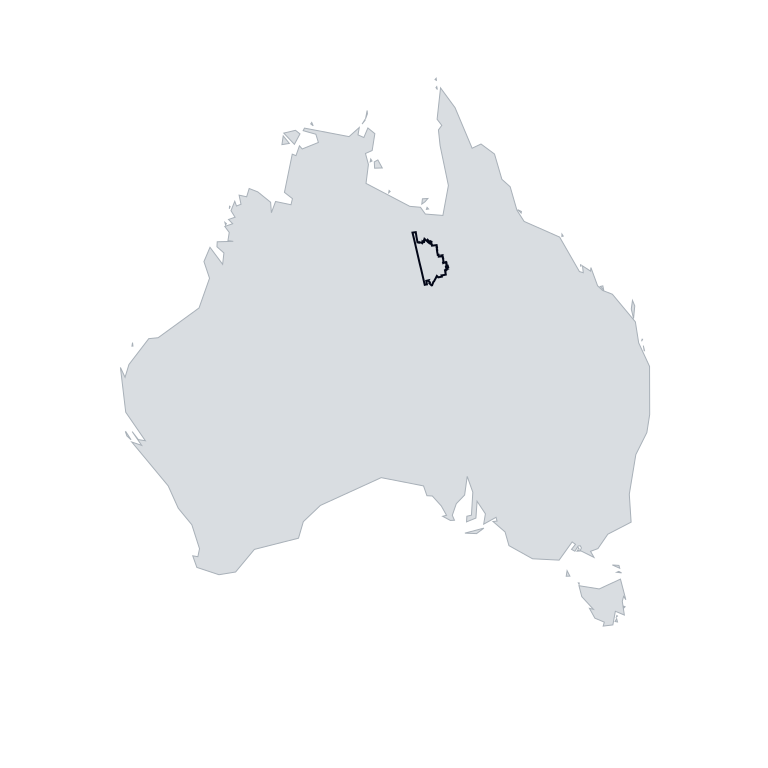 Mount Isa, Queensland, Australia shown in context, rotated 347°
{"feature_id": "25037944B13114344079677", "entity_name": "Mount Isa", "entity_type": "district", "adm_level": 2, "iso_a3": "AUS", "parent_name": "Australia", "parent_adm1": "Queensland", "projection": "equal_earth", "projection_center": [139.561, -19.747], "detail": "fine", "context": "in_parent", "style": "outline", "palette": "ink", "viewbox_px": 768, "rotation_deg": 347, "n_neighbors": 0, "source": "geoboundaries", "source_scale": "gbopen_adm2", "svg_char_len": 6354}
<svg xmlns="http://www.w3.org/2000/svg" viewBox="0 0 768 768"><g transform="rotate(347 384 384)"><path d="M515.4,130.8L522.9,174.1L532.5,172.0L543.4,184.8L544.9,211.1L551.3,220.2L552.6,244.5L557.1,257.1L588.2,280.4L599.7,318.4L603.2,320.4L604.0,313.6L610.7,320.5L611.8,317.1L614.2,336.3L618.0,342.0L626.7,347.9L642.9,380.0L641.4,401.2L646.7,426.6L636.0,473.5L629.2,490.4L613.5,509.4L598.2,546.6L593.7,574.2L568.3,580.7L555.4,592.5L547.6,593.5L549.6,600.2L537.7,590.4L539.5,588.1L538.8,585.7L536.6,585.6L532.4,589.9L529.5,587.3L534.5,583.3L531.8,580.2L515.0,595.0L489.4,587.7L469.4,569.6L468.7,555.4L459.3,542.5L463.3,543.0L463.2,539.1L449.6,543.0L453.6,533.3L448.3,519.2L443.4,535.3L433.4,536.9L435.0,531.5L439.7,531.5L446.2,509.4L444.3,492.7L437.6,510.3L427.5,516.9L421.0,527.3L422.0,532.6L418.0,531.9L411.4,526.1L415.4,526.0L412.4,515.7L405.9,504.0L400.7,502.5L399.6,492.2L360.2,474.6L294.7,488.0L274.4,500.0L266.0,515.0L220.5,516.0L197.1,533.8L180.3,532.7L160.4,520.6L159.0,508.4L163.8,510.4L167.2,503.0L165.1,477.9L155.6,458.8L150.8,434.7L125.2,383.8L134.1,389.3L127.9,373.7L132.1,382.9L138.7,385.6L126.0,353.4L130.9,308.6L133.2,319.2L139.9,307.6L165.0,286.9L174.3,288.1L220.9,268.3L237.8,241.7L236.1,224.2L245.2,211.7L253.7,231.1L257.5,220.3L252.1,212.7L253.5,207.9L269.2,211.1L264.2,209.2L267.3,201.5L264.3,194.7L272.6,193.8L269.5,188.7L276.4,188.0L273.9,180.7L279.7,172.4L280.3,177.4L285.1,176.7L285.3,167.4L292.3,170.7L296.6,163.2L304.2,168.4L314.4,181.4L312.8,191.8L319.4,181.8L333.7,188.4L336.5,182.8L330.1,174.9L346.3,139.4L349.6,141.7L355.2,132.9L357.2,136.6L374.4,133.9L373.8,125.3L362.2,119.0L364.1,116.8L405.6,135.1L417.6,128.5L414.7,135.4L419.8,139.3L425.9,130.9L431.4,138.0L425.0,153.8L417.8,155.2L418.2,166.6L411.6,184.5L449.1,216.7L459.3,220.0L462.5,227.7L479.3,233.0L491.4,205.1L492.3,164.2L494.2,148.7L498.5,145.0L495.3,138.0L505.7,108.2L515.4,130.8ZM528.6,624.4L547.6,632.1L570.5,627.3L571.1,648.6L569.7,644.8L567.3,649.3L566.2,663.2L558.3,657.5L552.8,670.2L543.1,669.2L545.1,665.6L536.8,659.6L533.7,648.8L537.4,650.7L528.9,635.7L528.6,624.4ZM342.8,117.0L354.8,116.9L358.4,121.4L350.6,130.3L342.8,117.0ZM429.3,547.5L448.9,546.9L440.5,550.6L429.3,547.5ZM428.4,164.3L430.9,173.1L423.4,171.6L424.5,165.4L428.4,164.3ZM641.9,376.3L641.8,366.6L644.9,358.5L645.9,364.3L641.9,376.3ZM565.8,611.7L572.1,613.6L572.2,616.5L565.8,611.7ZM341.6,119.6L345.9,128.3L338.4,127.8L341.6,119.6ZM521.9,613.0L518.3,612.3L520.4,607.1L521.9,613.0ZM468.5,213.1L464.9,215.7L461.3,217.2L463.1,212.2L468.5,213.1ZM125.0,381.5L121.8,376.8L121.3,372.5L121.7,372.3L125.0,381.5ZM570.6,619.4L573.0,621.5L568.4,619.8L570.6,619.4ZM616.6,337.6L619.3,337.6L619.2,341.9L616.6,337.6ZM553.5,244.2L556.7,246.8L556.1,248.3L553.5,244.2ZM557.9,665.0L558.0,668.4L555.7,667.4L557.9,665.0ZM645.3,404.9L645.3,410.2L645.0,410.1L645.3,404.9ZM373.1,116.5L371.1,114.1L372.4,112.9L373.1,116.5ZM428.6,117.0L425.7,121.4L429.1,113.7L428.6,117.0ZM646.0,398.6L644.6,400.3L645.6,398.4L646.0,398.6ZM433.3,197.8L431.6,198.7L432.5,196.6L433.3,197.8ZM422.5,164.0L420.5,164.5L421.7,161.8L422.5,164.0ZM148.3,287.1L147.9,290.6L146.9,290.4L148.3,287.1ZM502.3,106.1L502.2,109.1L501.3,106.9L502.3,106.1ZM536.6,586.9L537.0,588.6L536.3,588.1L536.6,586.9ZM425.0,122.7L421.1,125.8L425.1,121.9L425.0,122.7ZM274.0,176.4L272.7,178.5L273.5,176.0L274.0,176.4ZM559.3,662.6L558.1,663.2L558.8,662.0L559.3,662.6ZM466.8,223.5L464.6,223.4L465.7,221.6L466.8,223.5ZM266.5,192.3L265.4,193.4L265.3,190.7L266.5,192.3ZM568.8,655.3L567.1,656.3L567.6,654.4L568.8,655.3ZM503.6,97.8L503.4,99.9L502.2,98.9L503.6,97.8ZM535.6,589.2L537.2,590.8L534.4,590.3L535.6,589.2ZM591.9,280.2L590.5,280.3L591.1,278.0L591.9,280.2ZM602.8,313.3L602.0,313.3L602.6,311.5L602.8,313.3ZM529.5,621.8L529.0,623.1L528.6,621.5L529.5,621.8Z" fill="#d9dde1" stroke="#a8b0b8" stroke-width="1"/><path d="M466.5,291.3L466.9,291.3L468.8,291.3L468.9,289.1L469.0,289.1L469.0,288.0L469.0,287.6L469.0,287.1L469.8,287.2L469.8,286.5L470.6,286.5L471.0,286.6L471.1,286.4L471.2,286.2L471.3,286.0L471.2,286.0L471.3,286.0L471.2,285.9L471.2,285.7L471.0,285.4L470.9,285.3L470.9,285.2L471.0,285.0L470.9,284.9L470.8,284.7L470.7,284.6L470.7,284.4L470.7,284.2L470.7,283.9L470.8,283.9L470.8,283.7L470.9,283.4L470.9,283.2L471.0,283.1L471.2,283.3L471.3,283.4L471.4,283.5L471.5,283.5L471.8,283.6L472.0,284.0L472.2,284.3L472.3,284.4L472.3,284.5L472.5,284.6L472.6,284.8L472.8,284.8L472.8,284.7L472.7,284.3L472.7,283.9L472.7,283.6L472.7,283.3L472.7,283.2L472.6,282.8L472.6,282.7L472.4,282.6L472.1,282.5L471.8,282.4L471.7,282.3L471.7,282.2L471.8,282.1L471.8,281.9L471.7,281.7L471.7,281.4L471.7,281.2L471.7,280.9L471.7,280.7L471.8,280.6L471.9,280.4L472.0,280.4L472.0,280.2L472.1,279.9L472.1,279.7L472.2,279.4L472.1,279.2L471.9,279.0L471.6,279.1L470.9,279.3L470.7,279.3L470.4,279.4L469.9,279.3L468.9,279.5L468.9,279.4L468.9,279.2L469.0,278.9L468.9,278.7L469.0,278.6L469.5,278.6L469.6,277.4L469.6,277.2L469.6,276.6L469.7,275.8L469.7,274.8L469.9,274.8L469.9,273.3L469.9,271.9L469.7,271.9L469.8,271.7L469.3,271.7L468.9,271.6L468.8,272.6L468.0,272.5L467.9,272.4L467.0,272.3L466.0,272.2L466.3,270.4L465.4,270.3L465.5,269.1L465.5,267.7L465.6,266.7L465.7,265.3L466.0,265.3L466.0,264.1L466.0,262.7L466.4,262.7L466.5,260.5L463.8,260.2L461.9,260.0L462.0,259.0L461.7,259.0L461.6,258.8L461.6,258.6L461.4,258.4L461.3,258.2L461.8,257.2L461.6,257.1L462.0,256.3L462.2,256.0L461.9,255.8L461.3,255.3L459.8,256.9L459.4,256.3L459.0,255.9L459.1,255.7L459.3,255.6L459.5,255.5L459.6,255.4L459.8,255.3L460.0,255.2L459.0,253.4L458.1,254.5L456.1,251.7L456.0,251.9L455.6,252.5L455.3,252.8L455.7,253.1L455.0,254.7L454.3,254.7L454.0,254.3L453.9,254.2L453.9,254.3L453.7,254.6L453.3,255.0L453.2,255.1L452.9,255.4L452.2,254.4L450.1,254.3L450.1,253.7L448.5,253.5L448.7,249.5L448.7,248.6L448.8,246.8L448.9,246.4L448.9,245.7L449.1,243.2L445.8,242.9L445.9,250.7L445.9,251.3L445.9,251.8L445.9,254.0L445.9,258.6L445.9,259.2L445.9,261.5L445.9,261.8L445.9,273.4L445.9,274.4L446.0,281.1L446.0,291.5L446.0,296.5L447.2,296.5L448.2,296.6L448.3,295.4L448.4,293.0L449.8,293.0L450.6,293.0L450.2,293.4L451.1,294.5L451.6,295.3L450.9,296.1L452.5,298.6L453.1,298.6L453.4,298.1L454.7,296.2L455.1,295.6L455.9,295.2L456.8,294.1L457.8,293.0L459.0,291.6L459.1,291.4L459.8,290.6L460.9,292.3L464.5,292.4L464.5,291.9L464.5,291.1L465.0,291.2L465.3,291.2L465.5,291.2L466.3,291.3L466.5,291.3Z" fill="none" stroke="#020617" stroke-width="2"/></g></svg>